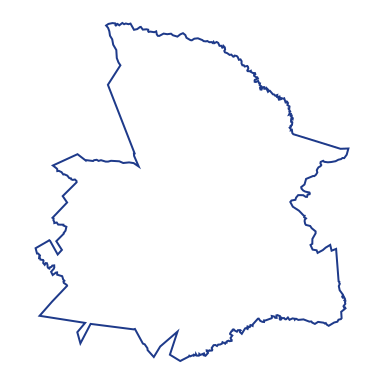 outline of Mount Darwin, Mashonaland Central, Zimbabwe
{"feature_id": "62879985B29850987700829", "entity_name": "Mount Darwin", "entity_type": "district", "adm_level": 2, "iso_a3": "ZWE", "parent_name": "Zimbabwe", "parent_adm1": "Mashonaland Central", "projection": "robinson", "projection_center": [31.728, -16.538], "detail": "fine", "context": "isolated", "style": "outline", "palette": "blue", "viewbox_px": 384, "rotation_deg": 0, "n_neighbors": 0, "source": "geoboundaries", "source_scale": "gbopen_adm2", "svg_char_len": 5887}
<svg xmlns="http://www.w3.org/2000/svg" viewBox="0 0 384 384"><path d="M90.6,323.9L133.8,329.4L134.7,328.8L134.5,328.2L142.9,343.6L144.7,344.3L147.4,348.2L147.6,350.1L153.8,357.0L160.2,346.5L177.5,331.6L169.9,354.7L180.2,361.0L188.8,356.6L189.3,355.7L190.3,356.3L192.7,355.3L193.6,355.7L193.9,354.7L195.9,355.3L196.0,354.2L196.8,355.6L198.4,355.7L199.1,355.5L199.3,353.9L200.5,354.9L204.0,353.4L204.3,354.2L203.8,355.3L205.5,355.8L208.0,353.0L207.8,352.1L206.8,351.4L206.7,350.4L209.3,350.8L209.8,350.3L210.8,350.7L212.1,350.4L212.3,349.6L211.7,348.0L213.6,345.2L215.4,345.0L217.0,346.0L218.2,344.6L220.1,344.5L221.9,343.7L222.5,342.2L225.1,343.6L225.5,342.5L226.6,342.7L227.0,341.3L228.4,340.7L229.5,341.2L231.6,340.9L231.7,340.0L230.8,338.9L230.6,337.9L232.3,335.5L230.2,334.2L230.1,333.5L231.5,331.2L232.5,330.8L232.5,330.1L232.1,330.4L232.9,329.5L233.9,329.5L234.9,330.6L236.9,331.7L237.9,330.2L240.2,330.1L240.6,330.4L239.8,331.1L239.9,332.0L241.8,333.8L245.1,328.4L246.0,328.1L247.6,329.0L247.9,328.3L247.3,327.2L247.5,326.4L249.7,327.1L250.2,326.5L250.3,325.2L250.8,325.0L252.6,325.9L252.8,324.4L257.9,318.7L258.7,318.6L260.3,320.9L262.3,321.8L264.0,322.0L264.1,320.4L265.3,320.5L271.7,318.2L272.0,317.1L271.8,316.0L274.1,316.5L275.2,317.8L276.6,317.9L276.4,315.4L277.4,315.1L279.9,316.1L279.7,319.0L280.2,319.7L281.0,319.5L281.4,317.6L282.7,318.3L284.0,318.0L285.3,319.3L286.2,319.2L287.9,317.5L289.5,319.8L292.5,318.4L294.4,318.7L294.8,319.6L295.4,318.8L296.2,318.8L298.3,319.9L303.5,319.4L309.3,321.6L311.4,321.5L312.2,322.6L314.9,323.9L318.1,321.9L323.6,322.7L325.0,323.6L325.8,323.1L326.9,324.7L328.7,325.8L334.2,322.5L337.4,321.7L338.5,319.7L340.9,319.1L341.6,318.2L341.2,311.8L345.5,308.3L345.0,307.4L344.1,307.5L343.5,306.2L345.3,303.8L345.0,302.2L345.4,301.0L344.4,300.4L345.1,299.2L343.9,296.8L342.9,297.7L342.4,297.2L342.2,296.4L343.0,295.8L343.0,294.8L339.7,290.3L338.8,286.1L339.8,283.8L339.2,282.8L339.3,281.7L338.6,281.3L336.1,248.9L331.6,250.7L330.2,244.9L325.7,247.6L322.8,250.1L317.6,252.9L316.6,250.3L312.6,249.6L310.5,245.0L312.3,243.8L312.4,238.9L315.6,233.3L315.6,231.4L311.7,228.2L310.2,226.0L305.9,224.9L305.1,223.7L304.6,221.1L304.8,219.7L306.0,218.4L304.2,217.3L304.6,215.8L303.8,215.7L299.0,210.7L292.8,206.7L290.3,202.0L291.5,200.5L295.4,199.8L296.1,197.6L298.2,195.1L303.2,195.2L305.8,196.9L307.0,196.9L307.6,194.6L309.6,194.2L309.8,193.3L309.4,192.5L305.2,191.6L303.2,190.5L301.5,188.6L301.2,187.1L304.5,184.5L306.1,178.9L313.1,176.0L314.3,176.1L315.9,174.8L317.3,172.5L316.8,170.2L317.6,168.6L318.5,167.3L320.5,166.2L321.3,165.0L320.4,163.3L320.7,161.9L323.2,160.8L324.2,161.8L327.9,162.3L331.3,162.0L335.6,161.2L338.4,159.7L341.0,159.1L342.5,158.0L344.2,158.1L346.7,154.7L348.4,148.5L340.5,148.8L293.3,134.2L292.3,133.0L291.9,129.9L290.8,130.3L291.0,129.3L289.7,127.8L290.6,127.2L290.4,126.4L291.0,126.2L290.9,125.6L292.0,124.9L292.3,122.4L291.4,122.0L291.6,121.5L291.0,121.1L291.2,119.0L291.3,118.6L292.6,119.3L292.8,118.2L291.5,116.8L291.7,115.7L290.8,115.8L290.9,114.1L289.0,114.7L289.8,113.0L289.4,111.7L290.1,111.3L288.6,108.8L288.6,108.3L289.3,108.3L289.5,106.4L287.4,105.0L288.0,103.1L287.4,102.8L287.2,101.7L286.6,101.5L286.2,102.5L285.6,102.5L284.2,98.3L283.3,98.7L281.3,98.1L281.2,99.1L279.0,99.7L278.4,98.2L279.6,97.4L279.5,96.5L276.9,96.9L276.6,96.4L277.0,95.1L275.2,95.7L274.1,94.5L272.9,94.3L269.9,90.8L269.1,90.8L268.0,91.8L266.9,89.5L267.6,89.2L266.2,87.8L265.7,88.7L264.3,88.8L264.0,87.1L262.9,87.2L262.3,87.6L261.5,89.6L260.5,89.5L260.0,87.8L261.1,86.2L259.6,85.0L260.0,83.4L259.1,83.2L258.1,80.9L255.9,82.0L254.7,81.8L254.6,80.3L254.9,79.8L257.9,78.5L257.3,77.3L255.9,77.1L254.1,75.8L254.1,74.8L255.3,74.2L255.0,73.1L252.9,73.0L250.9,71.9L250.8,70.8L249.7,71.3L247.6,71.1L247.3,70.4L248.3,68.6L248.0,66.9L247.3,66.0L244.6,66.5L243.7,65.2L242.4,65.3L241.5,63.4L241.6,61.2L240.5,59.4L238.9,59.8L237.7,57.0L236.7,56.0L234.6,55.6L233.9,56.6L233.3,56.7L231.3,54.6L229.6,54.9L227.3,53.2L224.9,52.3L224.3,50.9L225.1,49.6L224.8,47.4L223.4,45.9L222.9,47.5L222.3,47.7L221.3,45.8L219.5,45.8L218.2,42.9L216.7,42.0L214.2,43.2L213.5,41.8L212.6,42.9L211.6,42.1L209.4,42.2L207.2,41.0L206.0,41.4L203.6,41.1L202.4,40.1L197.9,38.3L194.3,38.7L191.8,40.3L190.4,40.1L186.5,37.8L185.3,35.0L183.0,33.2L180.4,34.3L177.4,36.6L173.0,35.3L171.0,33.7L167.2,34.2L163.6,33.6L159.3,35.9L157.8,35.8L156.8,34.4L156.2,31.4L154.3,32.2L150.3,31.6L148.6,31.9L148.2,31.4L148.2,29.7L146.5,29.3L142.8,29.6L140.8,26.9L139.9,27.1L137.2,29.1L134.0,29.8L130.5,23.6L128.5,24.2L125.8,23.5L124.1,24.2L122.3,23.0L119.3,25.3L117.6,24.0L115.9,25.5L115.4,25.0L115.8,23.8L115.3,23.4L112.4,23.1L108.5,23.9L106.1,25.5L108.1,27.9L109.3,31.2L110.0,35.7L112.2,39.3L113.2,44.7L116.3,50.0L116.8,58.1L118.5,62.5L120.4,65.3L107.9,84.8L134.6,153.4L133.9,153.5L134.1,155.9L138.7,166.5L133.7,163.1L129.1,162.4L123.2,163.0L119.3,161.3L111.0,160.8L108.1,161.6L105.7,161.6L101.0,160.2L98.6,160.9L96.7,159.8L94.1,160.2L93.1,161.0L85.8,160.1L85.7,160.5L77.5,154.2L52.9,165.5L56.6,168.4L57.2,169.1L57.3,171.1L58.9,170.9L61.5,172.1L63.3,174.5L64.3,174.3L67.3,175.6L69.3,178.1L71.0,178.4L71.3,179.4L72.8,179.9L74.9,179.5L76.5,181.0L76.6,182.3L62.7,196.1L67.1,202.5L52.5,217.8L53.6,218.5L53.4,220.2L54.2,221.7L54.3,223.1L56.7,222.5L58.2,224.6L63.4,224.7L63.4,225.5L66.4,226.8L65.5,230.7L63.7,233.0L63.8,233.6L56.3,241.2L61.9,249.9L57.7,254.5L49.7,240.2L50.1,240.1L49.5,240.2L35.6,248.2L37.0,253.5L38.1,253.5L40.0,255.5L39.8,256.1L39.3,256.1L39.1,258.0L39.8,257.8L40.4,259.6L43.1,260.0L43.5,260.6L43.2,263.0L44.7,264.8L45.7,263.1L46.9,263.2L47.5,264.9L47.6,267.0L48.4,268.2L49.4,268.6L49.8,267.4L51.5,266.8L52.3,265.6L54.2,265.4L54.3,267.5L53.7,268.9L51.1,271.8L52.7,275.0L56.1,272.5L57.1,272.4L57.2,274.7L62.2,276.2L63.2,279.5L64.4,280.8L63.5,281.6L63.8,282.9L66.7,284.9L67.1,285.8L52.0,301.7L39.6,315.8L85.1,322.9L77.3,332.2L80.4,343.4L90.6,323.9Z" fill="none" stroke="#1e3a8a" stroke-width="2"/></svg>